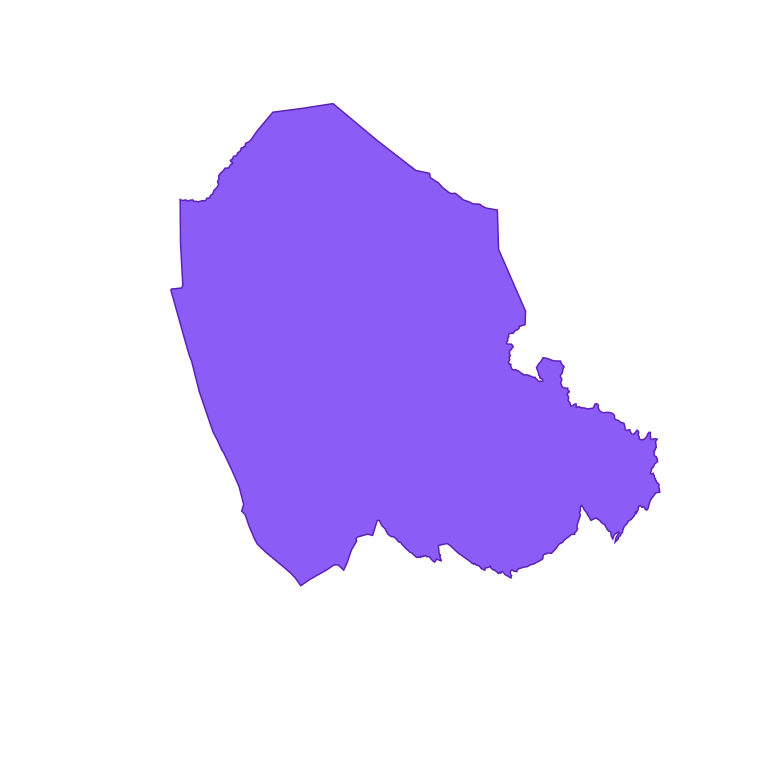 the district of Nannestad nor, Akershus, Norway, rotated 316°
{"feature_id": "86288312B57848423677588", "entity_name": "Nannestad nor", "entity_type": "district", "adm_level": 2, "iso_a3": "NOR", "parent_name": "Norway", "parent_adm1": "Akershus", "projection": "orthographic", "projection_center": [11.013, 60.226], "detail": "fine", "context": "isolated", "style": "filled", "palette": "violet", "viewbox_px": 768, "rotation_deg": 316, "n_neighbors": 0, "source": "geoboundaries", "source_scale": "gbopen_adm2", "svg_char_len": 6171}
<svg xmlns="http://www.w3.org/2000/svg" viewBox="0 0 768 768"><g transform="rotate(316 384 384)"><path d="M533.2,619.9L534.0,619.0L535.7,618.9L539.6,613.8L542.0,613.6L542.1,613.1L541.5,612.2L540.4,611.1L538.6,610.4L537.8,608.8L538.1,608.1L539.0,607.5L539.8,605.7L541.6,604.7L541.9,603.9L541.4,603.0L539.9,602.9L536.1,604.3L533.2,604.5L531.4,603.8L529.6,601.9L529.6,600.6L530.9,599.3L531.4,597.2L533.7,595.7L534.2,594.6L534.2,593.5L533.7,593.0L529.0,593.8L527.6,592.3L527.7,590.4L529.1,587.6L526.4,585.9L525.9,584.7L529.2,579.3L529.2,578.6L527.6,576.0L527.3,572.9L525.8,570.7L525.7,570.1L526.1,568.9L527.9,566.7L528.1,564.8L527.3,562.4L525.3,559.8L521.5,556.7L520.9,555.1L520.6,552.4L521.8,549.7L523.4,548.3L523.7,547.5L523.6,546.7L522.9,545.6L521.7,545.0L518.4,546.5L517.3,546.4L513.0,543.2L511.5,540.4L509.2,537.8L508.5,535.5L506.2,534.7L506.1,533.9L508.1,532.4L508.3,532.1L508.2,531.6L507.4,531.0L503.3,530.1L503.1,529.6L503.3,528.8L504.7,526.7L504.7,524.8L505.0,524.6L505.0,523.4L506.7,522.7L507.5,521.8L508.2,520.7L508.1,519.4L508.5,518.7L509.5,518.1L510.9,518.6L512.3,518.0L511.9,516.9L512.3,515.5L513.3,514.6L512.4,513.9L510.8,511.9L510.2,509.7L512.1,505.6L515.0,504.5L516.1,501.0L517.4,500.2L519.6,500.0L523.7,497.2L525.0,497.1L525.7,496.2L525.5,494.6L525.8,492.6L526.9,490.1L522.1,485.2L519.3,479.3L516.9,475.6L512.1,476.9L509.4,476.9L505.0,478.2L503.0,483.0L501.6,485.0L501.3,486.9L500.3,487.8L500.8,489.5L501.3,490.2L500.5,491.8L500.6,492.2L499.5,491.9L498.2,490.3L497.3,490.4L497.1,489.5L497.2,486.8L497.0,485.7L497.3,484.0L496.7,483.8L495.5,481.8L495.3,480.6L494.3,479.6L494.4,478.7L493.0,476.5L491.1,474.9L490.7,473.7L490.9,472.8L490.1,471.8L490.2,470.5L489.8,469.0L490.0,468.7L489.7,467.6L488.5,466.0L488.8,465.6L488.6,465.1L487.6,464.5L486.5,463.0L486.4,462.5L487.7,458.7L488.8,458.3L488.0,456.5L488.3,456.4L488.1,456.0L488.5,455.0L491.3,453.9L492.9,451.3L494.5,451.5L495.1,449.9L496.4,448.2L498.3,447.3L499.3,447.7L501.4,447.0L502.4,447.2L502.9,446.8L503.2,445.8L503.3,443.7L501.0,441.6L500.2,440.1L501.7,439.0L503.2,438.8L504.9,436.9L506.6,436.7L507.6,435.1L508.8,434.9L510.5,435.5L512.1,437.2L515.8,436.7L517.3,437.6L520.1,437.7L521.2,436.5L526.7,439.3L536.4,430.0L559.9,366.8L586.4,337.6L579.7,328.4L578.2,324.3L577.9,321.6L576.9,320.1L573.3,316.6L571.5,311.4L570.1,309.1L568.8,306.2L568.8,304.0L567.8,296.7L567.3,295.7L565.5,294.7L563.8,292.0L562.6,283.1L562.9,276.7L561.8,273.1L560.7,267.4L562.4,265.4L563.0,263.9L555.2,252.4L548.1,202.9L542.1,146.9L514.3,127.2L492.9,111.3L468.9,113.8L457.5,116.0L454.8,115.9L451.6,114.7L448.7,116.8L447.9,115.9L446.5,115.9L445.6,115.1L444.0,115.5L442.2,116.8L439.6,116.0L436.9,117.2L435.7,116.9L433.8,115.7L431.2,117.0L429.1,116.3L428.6,116.6L428.3,117.8L428.9,119.3L428.3,120.3L426.5,119.6L422.3,120.6L419.5,118.3L416.5,119.0L412.4,118.8L409.6,119.4L407.5,122.0L405.3,122.5L404.2,123.7L404.2,124.9L403.6,125.5L400.9,126.5L396.2,126.6L392.6,128.4L390.5,127.8L387.8,128.9L385.6,127.3L383.4,128.0L382.2,127.7L381.1,126.2L376.9,123.9L375.6,121.9L374.2,120.7L374.2,118.5L369.3,115.4L369.5,114.4L368.9,113.5L367.5,112.9L366.1,111.4L365.5,109.7L335.3,141.5L307.7,173.4L304.9,174.2L297.0,168.0L295.8,168.6L266.3,223.4L263.4,229.1L261.4,234.1L245.9,261.0L230.2,294.4L227.6,300.1L225.5,307.6L221.4,319.0L221.1,321.6L214.4,341.2L208.4,357.3L199.4,373.1L193.3,376.5L193.4,381.5L188.1,392.8L182.9,406.5L181.6,411.6L182.2,424.2L184.7,446.2L185.4,454.7L185.5,458.9L185.3,459.7L185.6,460.8L184.0,471.3L194.3,472.9L213.9,478.0L222.4,479.4L225.3,482.3L225.7,489.9L233.2,487.0L245.3,480.8L255.3,478.0L256.0,476.1L258.3,475.5L267.9,480.6L270.6,485.0L284.1,477.6L284.8,477.6L285.9,479.2L284.7,482.0L284.1,484.8L284.2,489.0L282.6,494.1L282.7,497.0L283.1,497.6L283.1,498.6L285.1,501.2L285.0,503.2L285.3,504.2L284.8,507.3L285.3,508.7L286.0,509.2L285.5,512.7L285.6,513.5L285.4,518.4L285.8,520.3L285.7,522.9L286.5,524.4L286.7,526.4L286.6,527.6L286.9,528.7L286.9,531.0L287.2,531.7L288.5,532.2L288.8,533.0L289.4,533.2L289.6,533.9L291.0,533.6L291.4,534.3L291.2,534.5L291.9,535.1L293.0,535.1L293.0,535.6L295.1,536.7L295.2,537.3L294.9,537.9L296.5,539.9L296.4,542.3L296.2,542.9L296.3,546.2L296.6,547.1L298.0,547.3L298.5,546.8L300.2,546.5L302.1,550.8L302.7,550.8L303.2,549.1L304.0,547.9L304.1,546.9L305.8,546.4L305.4,544.9L311.0,537.9L318.6,542.6L319.4,546.3L319.9,556.5L322.8,572.3L322.7,574.0L323.2,574.7L323.3,575.9L324.5,576.1L324.6,578.5L326.0,580.6L326.0,583.6L325.7,584.1L326.1,585.3L327.2,588.0L329.1,586.8L331.5,588.4L333.9,588.8L333.9,589.5L333.2,589.9L333.2,593.0L334.2,594.8L334.7,597.3L334.6,599.4L334.8,600.0L336.5,599.9L336.3,600.7L336.7,601.2L338.6,600.9L339.0,601.8L338.7,605.3L340.6,611.7L342.7,610.5L342.7,609.3L343.7,607.4L345.7,606.4L346.9,606.7L347.6,609.2L349.2,611.2L351.1,610.2L352.6,610.5L357.2,612.8L360.2,614.9L363.5,615.7L367.0,617.6L375.4,619.9L376.9,619.9L379.5,617.9L381.6,617.8L382.5,619.0L384.8,619.5L386.8,622.1L393.1,621.9L398.2,620.8L402.9,622.0L405.4,621.4L411.2,622.3L413.7,622.1L416.9,624.5L417.6,623.5L420.1,623.5L422.7,622.6L423.6,620.9L425.3,619.4L433.5,615.2L434.9,613.5L435.3,612.2L437.2,611.7L439.5,609.0L441.9,608.7L441.4,611.3L440.7,613.3L440.3,617.5L439.6,619.5L439.3,620.7L439.3,621.8L438.1,625.8L443.4,627.6L444.2,630.9L444.4,632.6L444.1,634.9L444.4,636.5L445.2,638.6L444.7,639.3L443.6,643.5L443.4,645.9L444.2,647.0L444.2,648.0L441.9,651.2L441.0,654.4L445.1,652.3L450.1,653.2L449.9,654.3L444.0,655.7L440.4,658.3L445.0,658.2L445.9,657.1L448.8,657.3L449.8,656.6L452.3,656.5L453.8,655.3L457.8,653.4L461.8,653.2L464.6,652.4L467.7,653.1L471.9,652.7L473.5,652.3L475.9,650.8L475.7,652.2L479.3,651.0L482.2,649.0L484.1,649.7L483.9,651.9L485.9,653.1L485.8,654.1L484.8,655.5L485.4,657.2L487.4,657.0L491.4,654.4L495.6,652.5L504.0,651.1L507.2,653.4L508.4,651.5L509.1,651.0L510.1,649.0L512.1,647.2L512.0,644.3L512.2,643.2L512.7,642.5L512.6,641.6L513.5,640.7L513.3,640.2L514.0,638.3L514.8,637.7L514.9,636.5L515.6,635.1L514.0,634.5L513.6,633.9L513.7,633.1L517.2,631.5L517.8,630.4L519.7,630.9L523.1,629.6L527.1,629.8L527.4,628.7L528.8,627.5L528.6,626.7L529.4,625.4L528.9,624.6L528.9,622.9L529.6,621.9L530.8,621.5L531.1,619.8L532.3,619.5L533.2,619.9Z" fill="#8b5cf6" stroke="#5b21b6" stroke-width="1.5"/></g></svg>